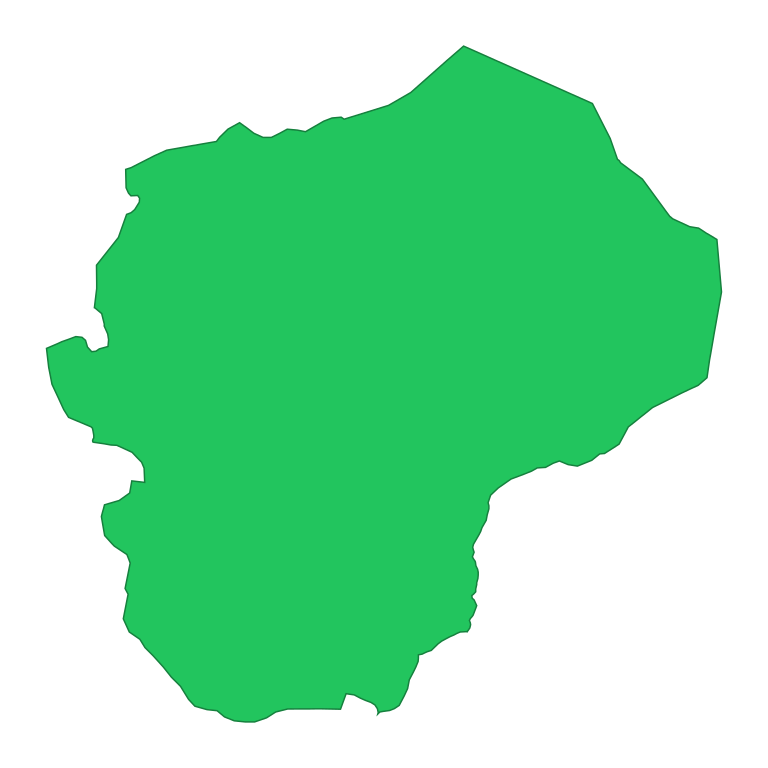 Bura', Al Hudaydah, Yemen (orthographic projection)
{"feature_id": "15242507B60755531991601", "entity_name": "Bura'", "entity_type": "district", "adm_level": 2, "iso_a3": "YEM", "parent_name": "Yemen", "parent_adm1": "Al Hudaydah", "projection": "orthographic", "projection_center": [43.464, 14.907], "detail": "fine", "context": "isolated", "style": "filled", "palette": "green", "viewbox_px": 768, "rotation_deg": 0, "n_neighbors": 0, "source": "geoboundaries", "source_scale": "gbopen_adm2", "svg_char_len": 3465}
<svg xmlns="http://www.w3.org/2000/svg" viewBox="0 0 768 768"><path d="M463.6,46.1L447.3,60.2L410.8,92.5L388.5,105.4L344.1,119.2L341.2,117.2L332.0,118.0L323.7,121.2L315.4,126.0L305.5,131.7L297.2,130.1L287.2,129.2L279.7,133.3L271.4,137.4L264.2,137.4L263.0,137.4L253.9,133.3L246.3,127.5L245.2,126.7L244.9,126.5L244.0,125.9L239.6,122.7L228.0,129.1L219.7,137.2L216.4,141.5L199.6,144.4L195.4,145.2L193.1,145.5L183.2,147.3L166.7,150.2L154.5,155.7L146.7,159.7L140.8,162.7L131.0,167.7L127.5,168.8L125.7,169.4L126.1,187.8L128.5,193.1L130.9,195.8L135.3,195.6L137.7,195.5L139.6,198.2L139.3,202.2L134.7,209.6L131.1,212.7L126.6,214.4L118.4,237.5L111.6,246.1L96.5,265.2L96.5,266.1L96.7,283.2L96.7,288.6L94.4,307.7L94.9,307.9L101.7,313.6L104.1,323.3L104.3,324.2L104.2,326.0L107.7,333.9L108.6,339.7L108.3,343.0L108.0,346.5L99.3,348.9L96.0,351.2L91.7,351.7L87.5,347.1L85.5,340.3L82.0,337.3L75.8,336.6L68.6,339.3L61.8,341.7L57.5,343.7L46.5,348.4L48.7,367.4L50.4,376.0L52.0,384.3L59.0,399.3L62.9,407.8L63.8,409.7L66.5,414.0L68.6,417.4L91.0,426.8L92.4,428.1L93.0,430.8L93.8,435.4L93.8,437.9L93.0,439.2L92.6,440.7L92.8,441.9L93.8,442.3L95.4,442.5L104.3,443.8L110.9,445.0L116.8,445.3L132.1,452.3L137.1,457.6L141.6,462.2L144.1,468.1L144.7,482.4L131.8,480.9L129.7,493.0L119.2,500.5L104.5,504.8L103.3,509.5L102.8,511.1L101.4,516.5L102.5,523.1L104.6,535.2L104.7,535.6L111.9,543.6L114.3,546.1L126.9,554.5L129.0,559.8L129.9,562.3L130.2,563.0L125.1,588.5L128.1,594.2L123.3,618.8L129.3,632.0L139.9,639.3L145.0,647.6L153.0,655.6L163.3,667.0L171.4,677.2L180.5,686.3L188.6,699.4L194.9,706.2L206.9,709.6L217.1,710.7L224.5,716.9L234.2,720.8L245.1,721.9L254.7,721.9L266.6,717.8L275.7,712.0L287.6,709.0L300.7,708.9L309.3,708.9L315.7,708.8L321.2,708.8L340.5,709.2L346.1,693.7L354.3,694.9L356.7,696.2L360.5,698.2L365.5,700.4L370.9,702.4L374.9,704.9L377.4,708.7L378.2,712.5L377.8,714.0L379.8,712.0L383.0,711.4L389.6,710.5L391.4,709.8L394.4,708.6L399.2,705.4L404.1,696.1L407.6,688.6L409.3,679.8L413.5,671.8L415.9,666.9L416.7,664.9L418.1,661.5L418.4,658.1L418.4,654.8L422.2,654.1L424.6,652.9L427.0,651.8L431.3,650.4L438.1,643.8L441.7,641.1L446.1,638.7L450.1,636.6L453.9,635.0L456.9,633.4L460.2,632.0L466.9,631.6L467.1,631.8L468.3,630.2L469.8,628.0L470.6,624.7L470.3,622.8L469.4,620.4L470.4,618.5L472.0,616.7L473.1,615.2L475.7,608.4L476.7,605.6L476.4,605.0L475.6,603.2L474.1,599.9L472.2,598.2L471.8,595.6L473.7,594.0L475.7,591.8L475.7,589.0L476.7,584.7L476.7,582.8L477.9,578.4L478.2,575.0L478.2,572.2L477.6,569.3L475.9,565.7L475.4,562.0L474.8,560.7L473.8,559.4L472.4,556.9L474.1,552.2L473.4,550.1L472.7,547.3L473.5,544.2L479.0,534.7L480.7,531.4L482.0,527.6L483.8,524.5L484.0,524.1L486.2,520.3L487.2,514.9L488.9,508.8L488.9,505.7L488.1,502.7L490.6,495.2L498.3,487.9L511.1,479.0L523.9,474.2L531.6,471.1L537.3,467.9L545.5,467.4L553.2,463.2L559.4,461.0L568.1,464.6L577.4,466.1L591.8,460.3L599.7,453.9L603.1,453.6L604.5,453.5L615.9,446.2L619.1,444.1L623.5,435.9L624.7,433.7L628.3,426.9L629.2,426.2L636.4,420.5L640.8,416.9L643.9,414.5L651.7,408.2L652.8,407.4L681.3,393.2L690.4,388.9L698.2,385.3L704.6,379.8L707.0,377.7L709.6,359.6L710.4,355.3L713.5,337.4L713.9,334.9L715.7,324.8L719.5,303.4L720.0,300.3L720.1,300.0L721.5,292.0L716.9,239.5L707.5,233.8L706.8,233.5L698.6,228.1L697.2,227.9L689.7,226.7L678.0,221.3L672.7,218.8L670.4,216.8L670.0,216.7L666.1,211.5L655.5,197.0L642.4,179.1L620.6,162.8L619.1,160.5L617.5,159.4L610.2,138.5L592.4,103.5L463.6,46.1Z" fill="#22c55e" stroke="#15803d" stroke-width="1.5"/></svg>